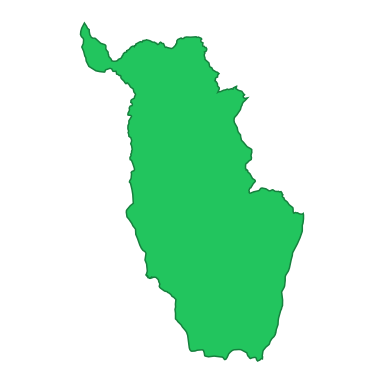 outline of Supia, Caldas, Colombia
{"feature_id": "7082276B1777819545568", "entity_name": "Supia", "entity_type": "district", "adm_level": 2, "iso_a3": "COL", "parent_name": "Colombia", "parent_adm1": "Caldas", "projection": "robinson", "projection_center": [-75.644, 5.456], "detail": "fine", "context": "isolated", "style": "filled", "palette": "green", "viewbox_px": 384, "rotation_deg": 0, "n_neighbors": 0, "source": "geoboundaries", "source_scale": "gbopen_adm2", "svg_char_len": 5900}
<svg xmlns="http://www.w3.org/2000/svg" viewBox="0 0 384 384"><path d="M262.4,358.8L262.6,356.8L262.2,356.1L262.9,351.4L263.3,350.3L265.9,347.1L268.7,344.8L269.3,344.1L270.2,341.3L272.0,338.5L273.9,336.7L275.0,335.0L275.5,333.7L275.5,332.6L275.8,332.6L276.3,329.5L278.0,324.6L278.2,320.6L278.6,318.0L280.6,310.7L281.5,308.9L281.7,307.6L282.5,305.6L282.6,300.0L281.6,291.9L284.0,287.6L284.6,286.0L285.2,280.3L285.2,276.8L285.8,275.1L288.4,270.9L289.4,268.1L291.2,259.6L292.3,255.6L292.6,252.8L297.4,243.7L300.0,237.8L302.1,231.8L302.3,230.6L302.3,225.3L303.0,223.1L303.5,218.9L303.5,214.8L303.2,213.5L302.8,213.9L301.2,214.2L299.2,213.8L297.6,212.8L296.8,213.0L295.7,212.5L295.0,212.6L294.1,213.2L293.6,213.0L293.1,211.5L293.1,209.0L292.8,207.6L289.1,204.7L287.3,202.0L284.3,199.6L284.0,198.0L283.0,197.4L282.3,196.4L282.3,195.9L282.9,194.8L282.0,194.0L282.1,193.2L281.0,191.6L279.5,191.9L278.4,191.3L277.5,191.5L275.0,191.3L272.9,189.8L272.3,189.8L270.2,190.8L269.0,190.8L265.9,188.8L262.0,188.0L260.7,188.4L259.4,190.2L258.6,190.7L253.8,191.8L250.0,193.3L249.2,192.6L249.3,191.6L248.9,190.5L249.8,188.2L250.8,187.8L253.3,183.6L254.9,181.9L255.3,181.2L255.1,180.4L254.8,180.0L252.5,178.5L249.9,173.7L247.8,171.9L247.7,170.6L247.2,170.0L246.3,170.1L246.3,169.4L245.5,168.5L245.6,164.7L246.2,163.4L247.2,162.9L248.9,161.0L251.2,159.5L251.5,157.8L251.0,155.7L251.4,153.6L251.8,152.6L251.7,149.5L250.7,148.7L247.1,146.7L243.5,142.3L241.5,140.3L240.7,137.0L240.5,134.9L238.3,132.2L237.7,130.5L237.2,127.6L234.4,122.6L234.0,120.5L234.2,118.6L234.5,117.5L236.9,114.8L240.4,109.6L241.2,106.6L242.1,105.0L242.2,104.0L243.3,102.1L245.1,100.5L247.5,97.9L245.3,98.4L244.6,98.4L244.0,97.9L243.3,97.1L243.2,96.5L243.4,95.6L243.7,95.2L244.4,95.1L244.6,94.7L243.7,94.0L241.8,91.3L238.4,90.3L236.1,88.7L235.8,88.3L236.6,86.7L236.6,86.3L233.5,87.8L233.2,88.0L233.1,89.0L232.5,89.1L231.5,88.7L228.7,89.6L227.2,89.1L225.5,89.9L223.6,90.2L220.6,91.6L218.7,91.8L217.8,92.3L219.3,88.9L219.2,87.7L217.6,86.1L217.4,83.6L216.3,81.8L215.5,81.6L214.9,80.4L215.4,80.2L215.4,78.7L215.9,77.8L216.5,77.3L217.5,77.1L217.8,74.8L219.0,73.6L217.3,72.2L216.2,72.0L212.8,69.9L211.8,67.8L211.4,67.5L210.7,67.4L209.7,66.6L208.9,62.9L205.0,59.4L205.0,58.0L204.3,55.9L204.3,54.4L204.9,53.1L204.4,52.0L205.9,51.4L206.5,50.4L206.8,49.0L206.0,47.5L204.9,47.5L204.1,46.3L202.8,46.1L202.6,45.0L203.0,42.9L201.2,42.0L200.8,41.1L200.8,40.1L201.7,39.1L201.2,38.3L198.4,37.1L196.9,37.4L196.2,36.8L190.6,37.2L186.5,37.0L184.4,37.5L183.8,38.4L181.9,38.7L181.1,38.0L177.8,39.5L176.9,40.7L176.6,43.6L175.8,44.2L175.6,45.2L173.2,47.7L172.2,48.3L171.3,48.5L167.4,47.6L166.5,47.1L165.5,47.4L165.1,47.2L163.5,43.6L161.9,43.4L161.3,42.6L160.5,42.2L159.7,42.8L158.6,44.3L157.4,44.5L156.7,43.3L155.6,43.1L154.6,42.2L152.7,42.2L149.9,40.7L146.4,39.8L145.5,40.3L144.4,40.4L144.1,40.7L143.1,40.5L142.1,42.0L140.5,41.7L139.6,42.0L135.8,44.1L135.7,45.3L134.5,45.7L134.3,46.7L133.3,46.2L132.6,46.2L131.2,46.9L129.9,48.3L129.4,49.3L128.1,49.9L127.3,50.7L126.7,50.7L126.6,51.8L126.3,52.1L124.7,52.5L124.1,53.2L123.5,53.5L122.9,55.2L122.2,56.0L121.6,57.5L120.7,58.4L118.3,59.4L117.6,60.5L116.2,61.1L113.6,61.3L111.6,60.7L111.4,59.7L110.9,58.8L108.8,56.5L108.5,54.5L108.1,53.8L108.1,52.1L106.3,49.9L105.8,48.7L105.9,46.0L105.5,45.2L104.7,44.6L100.7,43.3L95.5,38.5L94.8,38.2L92.8,38.2L91.2,37.2L89.8,34.5L89.2,31.2L89.2,29.7L87.5,28.3L86.5,26.2L84.4,23.0L81.7,28.2L80.8,31.3L80.5,34.5L81.4,36.6L83.3,38.5L83.6,39.9L83.3,43.7L81.8,47.0L83.7,51.4L84.8,56.0L85.8,57.7L86.2,61.0L88.9,66.4L95.9,70.8L99.7,71.6L104.3,72.1L104.8,71.9L105.4,70.2L105.8,69.8L110.0,68.3L111.7,68.9L112.9,71.2L114.0,71.4L115.9,71.2L116.2,71.8L116.6,74.1L118.1,74.5L119.3,75.6L120.4,75.5L120.9,76.1L120.9,77.7L121.4,78.6L124.3,81.5L124.8,82.6L126.0,83.7L126.9,83.0L127.6,82.9L128.0,83.7L128.8,84.2L130.5,87.0L133.2,88.9L133.9,92.0L135.3,93.8L135.5,94.6L134.5,96.9L134.3,98.2L131.7,99.6L131.0,100.4L130.8,102.4L131.5,102.5L132.3,104.0L132.3,104.9L132.0,105.6L130.2,106.1L129.6,107.1L129.2,108.1L129.5,109.5L129.2,111.0L128.1,113.0L127.9,114.2L127.9,114.8L128.1,115.1L130.7,115.4L131.4,116.0L131.5,116.5L128.9,120.8L128.9,123.6L128.0,125.5L127.9,128.3L128.1,129.6L128.6,130.8L128.5,131.8L128.1,132.4L128.8,134.7L128.9,136.3L130.8,137.7L131.6,140.1L131.6,141.2L130.7,143.8L131.6,145.8L132.2,149.5L131.6,151.0L131.6,152.7L130.8,154.2L131.1,155.6L130.0,157.3L130.0,158.8L130.2,159.7L131.5,160.3L132.7,163.3L134.3,168.1L134.5,169.7L133.8,170.8L132.2,171.3L131.2,172.4L131.5,174.0L131.1,178.5L129.7,180.9L129.4,182.0L130.5,183.3L132.0,189.6L132.8,194.6L133.3,203.3L130.3,205.7L127.2,209.4L126.5,210.4L126.3,212.2L127.0,216.9L129.0,219.3L131.8,223.4L132.9,225.8L135.5,229.1L135.8,234.4L137.6,238.7L139.8,245.0L141.4,248.3L143.0,250.4L145.1,251.7L146.0,253.4L145.0,260.0L146.6,264.0L147.3,271.1L146.6,273.6L145.7,275.4L146.0,275.1L146.4,275.5L147.3,275.5L147.5,275.7L147.1,276.2L147.9,276.7L147.7,277.1L148.1,277.7L148.7,277.7L149.5,278.3L150.0,278.3L151.6,277.0L152.2,277.2L152.2,277.5L151.5,277.6L151.4,278.0L154.0,277.1L156.0,277.4L158.3,279.6L158.9,282.0L159.6,283.3L159.8,284.5L159.5,285.1L159.3,286.5L159.8,287.4L160.8,288.4L164.5,291.0L167.3,291.8L167.7,292.4L169.0,293.0L170.8,294.4L172.1,296.4L173.7,297.2L175.9,299.5L175.4,304.2L175.6,307.0L175.0,309.4L175.5,313.1L175.5,318.9L176.9,320.2L177.8,321.6L181.0,324.7L182.5,327.1L185.5,330.6L186.6,332.3L187.7,335.5L189.3,347.9L189.9,349.7L190.9,350.9L191.7,351.2L195.0,351.0L197.3,350.2L202.3,349.8L203.4,350.4L204.2,352.6L204.7,355.7L205.7,356.2L208.6,356.8L214.1,356.1L222.3,357.1L223.3,357.8L224.4,359.4L224.9,359.6L226.1,359.0L227.3,357.0L228.7,353.8L230.4,352.0L232.1,350.6L233.8,349.8L239.0,349.5L241.1,349.7L246.8,352.8L247.5,355.0L248.2,356.3L249.2,357.2L249.5,357.9L250.4,358.5L252.1,357.8L254.3,357.4L255.6,357.5L256.2,358.2L256.6,359.8L257.6,361.0L259.7,360.1L261.7,358.4L262.4,358.8Z" fill="#22c55e" stroke="#15803d" stroke-width="1.5"/></svg>